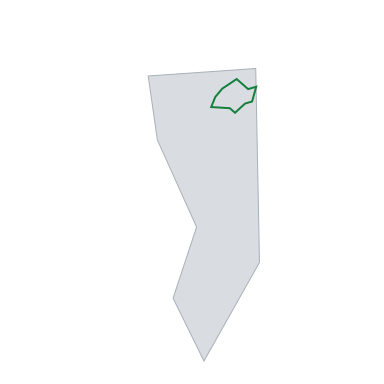 Seychelles, with Anse Etoile highlighted, rotated 31°
{"feature_id": "SYC-5200", "entity_name": "Anse Etoile", "entity_type": "state/province", "adm_level": 1, "iso_a3": "SYC", "parent_name": "Seychelles", "parent_adm1": "", "projection": "orthographic", "projection_center": [55.454, -4.588], "detail": "fine", "context": "in_parent", "style": "outline", "palette": "green", "viewbox_px": 384, "rotation_deg": 31, "n_neighbors": 0, "source": "natural_earth", "source_scale": "10m", "svg_char_len": 445}
<svg xmlns="http://www.w3.org/2000/svg" viewBox="0 0 384 384"><g transform="rotate(31 192 192)"><path d="M286.1,217.6L289.3,330.7L230.5,292.8L214.0,219.7L135.5,165.2L94.7,115.1L183.0,53.3L286.1,217.6Z" fill="#d9dde1" stroke="#a8b0b8" stroke-width="1"/><path d="M192.8,68.7L196.9,83.5L191.9,88.9L188.1,101.9L181.2,100.7L164.7,109.3L163.0,98.5L164.7,87.8L172.1,72.2L187.1,74.9L192.8,68.7Z" fill="none" stroke="#15803d" stroke-width="2"/></g></svg>